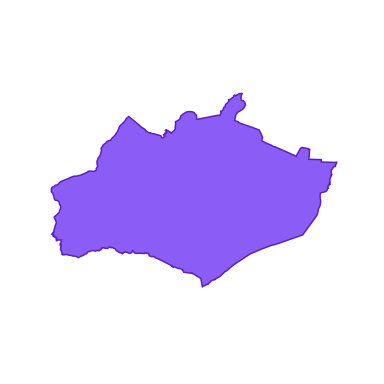 Albeni, Gorj, Romania (Equal Earth projection), rotated 160°
{"feature_id": "2599482B6385563312435", "entity_name": "Albeni", "entity_type": "district", "adm_level": 2, "iso_a3": "ROU", "parent_name": "Romania", "parent_adm1": "Gorj", "projection": "equal_earth", "projection_center": [23.622, 45.016], "detail": "fine", "context": "isolated", "style": "filled", "palette": "violet", "viewbox_px": 384, "rotation_deg": 160, "n_neighbors": 0, "source": "geoboundaries", "source_scale": "gbopen_adm2", "svg_char_len": 6060}
<svg xmlns="http://www.w3.org/2000/svg" viewBox="0 0 384 384"><g transform="rotate(160 192 192)"><path d="M322.0,244.2L322.7,243.6L323.4,242.3L324.0,240.7L323.8,239.3L323.4,238.4L323.2,235.3L323.6,233.8L323.7,232.2L323.6,231.6L323.3,231.1L321.1,229.6L320.6,229.0L320.4,227.4L320.7,226.0L320.4,224.7L320.4,223.6L320.6,222.9L321.2,221.5L323.8,218.3L327.0,216.8L330.0,215.7L330.2,215.3L330.2,214.7L329.8,212.1L329.9,211.1L329.8,210.4L329.9,209.9L330.7,208.6L332.0,207.4L333.4,205.0L334.2,204.2L335.1,202.7L335.3,201.7L335.9,201.7L336.1,201.4L336.4,201.4L337.0,201.1L338.1,200.3L336.7,199.8L336.9,199.5L336.8,199.0L337.2,198.6L337.5,198.6L337.6,197.8L336.9,197.9L336.9,197.7L336.3,197.2L336.7,196.9L336.6,196.6L335.5,196.1L335.3,195.8L334.9,195.4L334.9,195.2L335.4,195.1L335.4,194.9L335.0,194.8L335.0,194.7L335.6,194.5L335.3,193.6L336.0,193.5L336.0,193.3L335.9,193.1L336.0,192.6L335.8,192.5L335.4,192.8L335.1,192.6L334.9,192.9L331.1,191.6L332.6,189.1L333.3,188.9L333.3,188.5L334.0,187.3L333.0,187.1L335.1,183.4L335.0,180.2L335.2,178.6L335.0,178.1L335.6,177.8L335.5,177.6L334.8,177.1L330.9,176.0L329.2,174.6L327.4,173.8L325.8,172.5L323.9,171.7L323.0,171.1L322.5,170.6L321.9,169.8L321.4,169.3L321.1,169.2L318.5,169.6L315.5,169.7L314.2,170.1L312.1,170.2L311.8,170.3L310.7,171.1L309.9,171.3L308.5,171.0L307.9,171.2L306.0,171.1L305.3,170.9L304.0,170.4L303.6,169.8L303.2,169.5L302.3,169.6L300.0,169.2L299.7,168.9L299.5,168.5L298.9,168.9L297.7,168.8L295.8,170.3L295.5,170.2L295.1,169.9L294.2,169.9L293.2,169.1L291.0,168.0L290.6,167.7L288.9,168.5L288.5,168.6L287.4,167.9L287.0,167.2L286.1,167.1L285.1,166.4L284.9,165.9L283.7,165.2L283.6,164.4L283.1,162.6L281.2,160.3L279.0,158.6L278.9,158.1L278.6,157.8L278.3,157.8L277.3,158.3L275.9,158.5L275.0,158.8L274.8,158.2L273.4,157.3L272.8,156.6L271.6,155.8L270.9,155.6L269.3,155.8L268.6,156.3L268.0,157.0L266.6,154.1L265.5,153.4L263.2,152.7L258.2,150.7L257.2,150.4L256.9,150.6L256.2,150.5L255.8,150.3L255.4,149.8L254.4,149.4L254.1,149.1L253.8,148.7L253.9,147.5L253.8,146.5L252.0,145.0L250.2,144.5L249.6,144.1L249.1,143.4L249.2,143.0L248.6,142.3L248.0,142.0L246.9,141.0L240.5,134.2L235.9,129.4L236.4,129.0L235.9,128.4L235.1,127.6L234.6,128.0L230.8,124.7L229.6,124.1L227.5,122.5L227.5,122.2L227.8,121.7L227.5,121.5L227.2,119.4L220.8,116.0L219.8,116.1L219.9,115.8L219.8,115.6L217.8,113.5L215.6,110.6L214.2,109.2L214.1,108.7L213.3,107.7L214.7,99.4L209.2,100.1L208.9,99.9L208.3,99.9L206.9,100.9L205.6,101.2L204.3,102.0L202.1,102.0L201.4,102.2L201.2,101.9L200.7,101.9L200.4,102.0L200.0,101.8L199.6,102.2L199.5,102.4L194.8,103.0L188.1,105.9L187.3,105.9L184.2,106.8L182.9,107.5L177.4,109.4L160.5,113.5L158.8,113.9L145.9,114.6L135.4,114.7L131.9,114.2L103.5,113.8L102.2,114.1L82.4,127.5L81.7,128.1L79.4,132.1L78.4,133.4L76.5,135.2L75.9,136.1L74.3,139.1L74.1,139.8L73.3,143.6L72.8,144.9L71.8,147.0L69.7,147.0L66.9,146.7L65.7,146.8L64.5,147.5L64.0,148.1L63.2,148.8L62.6,148.8L62.6,149.3L62.9,150.0L62.5,150.4L62.5,150.8L61.9,151.3L61.4,151.1L61.3,151.5L60.7,151.8L60.2,152.5L60.0,152.4L59.8,151.8L59.6,151.8L59.2,153.2L59.5,153.7L58.9,154.0L58.6,155.2L58.5,155.8L58.2,156.3L58.2,156.7L58.2,157.0L57.6,157.3L57.2,158.0L55.7,159.4L55.6,159.6L55.7,160.0L54.7,160.3L54.6,160.5L54.8,160.8L54.6,161.4L54.6,162.6L54.1,164.0L53.9,164.3L52.9,165.3L52.1,165.7L51.5,166.5L50.8,167.0L50.2,167.2L49.4,167.2L48.8,166.9L48.4,167.0L48.1,167.5L48.0,168.6L47.2,168.8L46.1,169.8L45.9,170.6L47.8,171.0L60.3,176.0L59.4,178.1L59.5,178.3L64.0,180.0L71.0,182.8L66.9,191.6L67.9,192.0L67.6,192.6L68.2,192.8L68.3,193.2L73.3,196.2L75.0,196.0L82.1,189.9L82.5,190.3L83.6,191.9L83.9,192.1L84.2,192.2L87.0,195.0L98.5,206.1L99.5,206.5L101.5,208.9L104.9,212.0L107.8,215.0L109.0,216.6L107.0,218.8L107.1,221.3L107.6,227.2L113.4,232.2L124.6,241.3L124.6,242.3L127.5,244.5L125.5,247.8L124.2,249.6L121.8,251.3L118.7,251.8L116.3,252.4L114.6,253.1L112.2,255.2L111.8,256.4L111.7,257.7L111.9,259.1L112.7,260.2L114.1,261.2L114.3,261.7L113.4,264.6L112.3,266.1L111.2,267.4L111.8,267.9L112.8,267.7L113.9,268.2L115.2,268.1L116.3,267.8L116.6,267.6L117.0,267.8L117.6,267.6L118.7,267.7L118.6,268.4L118.7,268.5L119.0,268.6L120.2,267.8L120.5,267.2L120.9,266.8L122.3,266.7L123.3,266.3L125.6,265.9L126.0,266.1L126.3,265.8L126.4,265.0L126.7,264.5L127.8,263.8L130.4,262.8L131.2,262.0L131.4,261.3L131.7,260.9L132.0,260.7L133.0,260.7L134.4,259.2L135.0,258.3L136.3,258.0L137.5,258.1L137.7,256.4L139.5,254.4L140.1,254.8L141.1,255.2L162.6,258.6L162.3,260.0L161.5,262.4L162.6,264.7L163.0,266.1L164.8,267.6L168.2,268.9L169.5,268.9L170.2,269.1L173.8,268.3L174.3,268.1L174.5,267.9L175.9,267.5L176.6,267.0L177.0,266.4L177.8,265.7L178.3,265.0L179.3,264.4L181.3,263.9L182.8,263.9L183.4,263.7L183.9,262.8L184.0,262.0L184.3,261.1L185.6,258.7L186.1,257.1L187.7,255.7L190.0,255.1L191.1,254.4L191.5,255.0L191.8,254.9L191.9,255.1L191.7,255.3L193.4,257.6L194.5,258.8L194.8,259.3L195.0,259.4L196.1,258.7L195.3,257.2L195.2,256.8L195.3,256.4L195.8,256.5L196.2,256.3L197.0,256.7L197.4,256.5L197.3,255.7L198.6,255.6L199.2,255.4L199.2,255.2L198.9,254.5L198.2,253.7L200.6,252.9L202.0,253.6L202.0,255.2L202.1,255.7L202.4,255.8L204.5,257.3L205.4,257.9L208.1,260.0L209.4,260.5L210.9,261.8L212.6,262.7L214.4,265.3L214.7,266.6L215.6,268.0L216.7,269.3L217.5,270.5L218.9,273.2L225.6,284.6L226.8,284.2L228.9,283.3L229.4,282.7L231.4,281.3L234.4,279.8L236.5,279.1L238.4,277.6L240.1,275.6L242.3,273.5L242.9,273.3L243.8,272.3L245.2,271.5L248.6,270.0L250.7,268.6L251.1,268.5L252.5,268.7L254.3,268.6L255.2,268.3L256.1,267.6L256.7,267.4L259.0,266.7L259.7,266.4L260.5,265.4L262.1,264.5L262.6,263.8L262.9,262.0L265.3,258.4L266.3,257.4L267.2,257.0L267.6,256.5L269.0,255.6L269.8,254.3L270.8,253.4L271.1,252.6L271.7,250.5L271.7,249.9L271.6,249.0L271.7,248.6L273.2,247.5L273.8,246.9L274.1,246.5L274.2,245.7L274.5,245.4L274.9,245.1L277.6,245.0L279.3,246.0L282.3,247.0L282.8,246.6L283.4,246.4L291.0,245.9L294.7,246.4L298.0,247.3L298.8,247.3L308.2,246.8L308.9,246.6L309.8,246.8L311.6,246.7L312.5,246.4L315.8,244.8L316.3,244.8L318.0,245.1L319.1,244.8L320.0,244.2L320.9,244.4L322.0,244.2Z" fill="#8b5cf6" stroke="#5b21b6" stroke-width="1.5"/></g></svg>